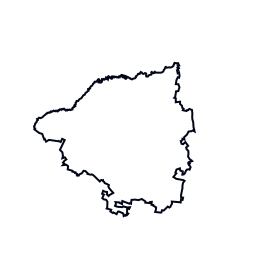 the district of Waterberg, Limpopo, South Africa, rotated 30°
{"feature_id": "47623444B68910643198214", "entity_name": "Waterberg", "entity_type": "district", "adm_level": 2, "iso_a3": "ZAF", "parent_name": "South Africa", "parent_adm1": "Limpopo", "projection": "robinson", "projection_center": [27.237, -24.067], "detail": "fine", "context": "isolated", "style": "outline", "palette": "ink", "viewbox_px": 256, "rotation_deg": 30, "n_neighbors": 0, "source": "geoboundaries", "source_scale": "gbopen_adm2", "svg_char_len": 5736}
<svg xmlns="http://www.w3.org/2000/svg" viewBox="0 0 256 256"><g transform="rotate(30 128 128)"><path d="M149.8,208.4L154.3,207.2L154.5,209.1L157.3,209.2L157.7,208.4L161.2,208.3L161.1,205.5L161.8,204.9L166.3,204.4L166.8,204.6L168.3,206.4L169.9,203.5L170.2,204.6L170.5,204.3L170.4,203.9L170.8,203.5L171.0,202.0L169.7,202.1L167.5,198.1L169.5,197.6L169.3,195.6L168.6,196.0L168.6,196.6L166.4,197.3L166.4,197.5L163.1,198.2L162.8,199.3L158.3,201.5L154.8,202.1L156.1,201.6L155.0,198.9L154.3,198.4L157.9,196.7L158.1,197.1L160.8,196.8L159.6,194.1L167.0,192.9L167.2,192.2L168.5,192.1L167.7,190.3L167.0,188.5L169.9,186.5L173.0,185.3L175.5,182.6L179.8,182.9L180.3,184.0L184.7,182.0L184.1,181.2L185.5,180.1L186.8,182.8L188.3,182.1L188.5,182.6L192.0,182.7L192.9,184.5L193.5,187.1L198.5,185.0L199.1,184.4L198.6,182.2L200.2,181.6L201.7,176.2L203.6,176.2L204.2,174.8L203.9,174.0L204.0,171.7L202.7,169.8L209.5,166.6L210.8,166.2L209.8,163.6L211.2,163.0L210.5,160.8L208.8,161.7L207.5,159.6L205.2,152.8L204.0,150.7L203.1,148.0L203.4,145.5L201.8,145.5L195.2,147.9L191.8,147.7L192.5,143.1L191.4,143.0L190.8,139.7L193.1,137.0L194.5,138.7L197.2,138.2L198.4,141.2L199.5,140.3L199.9,138.6L199.6,136.8L199.7,134.7L201.7,133.0L202.1,133.1L201.8,130.7L200.7,130.0L199.5,129.7L199.3,128.2L198.1,128.8L197.5,127.9L197.6,127.4L200.1,124.6L199.3,124.3L197.3,124.3L194.3,122.7L193.2,120.0L191.6,117.6L189.4,117.1L188.1,115.8L189.0,113.4L184.7,111.5L183.8,114.5L182.3,114.9L180.3,113.0L180.7,112.7L181.0,111.2L180.6,110.1L182.6,109.8L181.2,108.0L182.4,104.1L182.2,100.8L184.7,98.9L185.3,97.7L187.4,97.7L184.1,94.2L181.7,90.5L179.5,88.4L177.8,85.9L176.7,83.6L174.4,80.4L171.6,80.8L171.1,81.9L171.2,82.4L170.1,83.2L170.2,84.0L166.6,85.2L166.5,83.5L165.0,83.4L163.5,81.7L161.2,81.3L159.9,79.2L156.5,81.8L154.5,78.4L153.0,78.7L153.3,77.4L151.3,72.2L153.1,70.9L152.2,67.0L149.7,64.9L147.5,66.1L146.0,62.2L145.8,59.1L147.1,58.9L146.5,56.9L144.6,54.6L143.7,55.8L141.7,53.6L142.9,53.0L140.8,51.2L142.0,50.6L139.8,49.0L141.0,48.2L138.9,46.8L137.3,47.9L135.8,48.3L135.7,48.9L136.1,50.0L136.0,50.8L136.3,51.6L135.5,53.4L134.2,54.6L133.1,55.0L131.3,56.5L130.6,56.5L130.2,56.2L129.9,56.6L130.3,58.7L130.0,59.9L130.3,61.4L129.9,62.4L129.0,63.5L125.0,65.8L124.1,66.1L123.1,65.9L123.0,66.5L123.4,67.1L122.7,67.8L121.3,68.3L121.1,67.6L120.4,67.7L120.4,68.3L121.4,69.2L121.5,70.1L120.0,71.4L119.6,72.3L119.6,73.2L119.0,73.9L118.2,74.1L118.1,73.9L117.5,73.8L116.9,72.2L116.1,71.7L115.2,72.0L114.5,73.3L113.9,73.6L113.3,73.7L112.3,73.1L111.1,73.1L110.9,74.2L111.2,75.0L110.7,75.6L110.1,75.7L109.6,76.2L109.8,77.2L109.6,78.1L108.9,79.4L109.5,80.1L109.3,81.1L109.1,81.6L107.7,82.7L107.6,83.3L107.2,83.9L105.8,84.1L105.3,83.9L105.2,84.1L102.3,83.9L101.6,86.5L101.2,86.6L100.6,86.5L100.1,85.7L100.6,84.9L100.4,84.2L99.3,84.3L98.7,84.8L98.5,85.5L98.9,86.2L98.6,86.7L97.1,86.5L97.6,85.6L97.5,84.8L96.1,85.1L95.8,85.3L95.8,86.0L95.1,87.0L95.4,87.9L95.0,87.9L95.2,88.2L94.7,88.3L94.6,89.0L93.7,88.9L93.5,89.5L92.6,89.9L92.1,89.6L90.9,90.4L90.7,91.1L90.2,91.0L90.3,90.4L88.4,91.2L88.5,92.3L89.4,92.7L89.5,93.0L89.0,93.2L88.9,93.6L88.2,93.5L87.3,92.8L87.0,93.0L86.9,93.7L86.6,93.8L85.9,92.9L85.2,92.9L85.1,93.2L85.5,93.2L85.2,93.5L85.2,94.2L85.5,94.8L86.0,94.7L86.3,95.8L86.1,95.7L85.8,96.2L84.9,96.2L85.0,95.9L84.2,95.4L84.0,95.9L83.7,95.7L83.8,97.2L83.3,98.0L82.3,97.8L82.1,98.3L82.4,98.4L82.2,98.7L81.8,98.8L81.8,98.4L81.0,98.6L81.2,99.5L81.5,99.5L82.2,100.6L82.2,101.4L81.9,101.4L82.0,101.8L81.6,102.4L79.8,103.2L79.4,102.7L79.7,101.5L79.2,101.7L78.9,101.4L79.1,100.7L78.3,100.3L77.9,100.7L77.7,101.2L77.9,102.0L77.6,102.8L77.8,103.5L76.1,104.5L76.3,105.2L76.0,105.3L76.1,106.1L75.6,107.3L75.8,107.8L75.7,109.3L75.0,110.4L75.1,111.1L74.9,111.7L74.9,112.3L75.4,112.7L75.0,113.4L74.4,113.6L73.9,114.1L74.0,114.4L75.0,114.8L75.2,115.5L74.5,116.4L74.5,117.4L73.7,118.7L73.9,120.8L73.0,121.8L72.7,125.5L71.6,127.2L71.3,129.6L70.1,130.1L69.9,130.6L70.4,131.7L70.0,132.6L70.7,133.2L71.0,134.0L70.8,134.6L70.2,134.8L70.2,135.3L70.4,136.0L71.2,135.9L70.5,137.6L70.1,137.7L69.9,138.1L70.2,138.6L70.1,139.1L70.4,139.5L70.2,139.6L70.3,139.9L69.8,140.2L69.7,140.7L69.0,141.4L68.2,141.2L67.5,142.2L66.7,142.3L66.6,143.1L66.0,143.2L65.8,143.5L65.6,143.0L63.9,143.9L63.6,143.8L63.7,143.5L62.9,143.3L62.6,144.0L62.2,144.4L61.6,144.3L61.3,144.5L61.2,145.3L60.9,145.4L60.9,145.6L60.4,145.5L59.7,145.9L59.7,146.4L59.3,146.5L59.0,147.1L59.4,147.4L59.3,147.8L59.0,148.3L58.7,148.4L58.7,148.6L58.1,148.4L57.5,148.7L57.3,149.3L56.9,149.1L56.4,149.4L56.2,150.0L54.8,150.2L54.7,150.9L54.5,151.0L54.1,151.8L53.6,151.9L53.7,152.0L53.2,153.0L52.9,152.9L52.5,153.8L52.0,153.8L51.9,154.4L50.5,155.2L50.5,156.2L50.0,156.6L49.9,157.5L48.9,159.7L48.9,160.3L48.4,161.7L47.3,163.2L45.8,163.6L45.6,164.7L44.8,165.7L45.9,166.2L45.6,167.0L45.6,168.4L45.9,168.7L45.4,170.8L46.0,172.4L46.0,173.2L45.8,173.5L46.9,174.8L47.7,174.8L47.6,176.0L53.6,176.7L56.7,176.0L61.0,179.7L61.4,179.1L63.9,180.8L65.5,177.8L74.6,174.2L74.6,173.9L76.7,173.8L76.4,170.3L79.2,170.1L80.0,181.0L83.4,181.9L85.7,184.8L86.3,187.0L87.9,185.0L90.3,186.0L89.4,188.0L89.0,190.5L90.6,190.7L90.2,192.7L92.9,190.7L95.2,191.0L96.5,194.0L101.3,192.8L101.7,193.6L104.5,192.7L104.8,193.4L105.4,193.1L106.7,193.2L106.7,193.5L107.4,193.7L107.3,194.4L107.9,194.7L109.1,193.7L108.8,193.3L109.3,192.2L110.7,190.2L110.9,187.3L112.7,186.6L115.8,187.4L115.9,188.0L118.8,187.2L119.9,186.3L121.6,186.2L130.3,188.4L130.8,186.4L131.9,186.1L132.4,185.6L133.2,186.6L134.3,186.6L135.4,187.4L137.8,187.0L140.0,187.0L140.3,188.6L142.1,189.7L147.7,191.6L145.3,195.6L145.2,196.6L142.9,196.1L143.0,195.7L141.8,193.9L139.8,194.7L137.9,194.8L138.5,197.9L140.4,197.7L140.8,201.6L142.7,201.9L145.0,201.1L147.0,202.1L149.8,207.3L149.8,208.4Z" fill="none" stroke="#020617" stroke-width="2"/></g></svg>